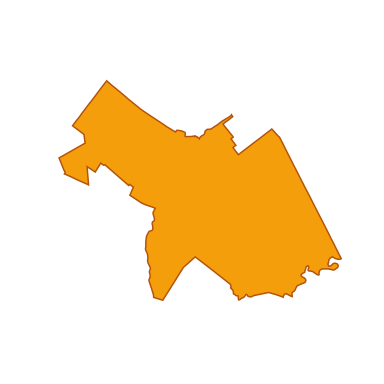 Parta, Timis, Romania (orthographic projection), rotated 336°
{"feature_id": "2599482B10795171488461", "entity_name": "Parta", "entity_type": "district", "adm_level": 2, "iso_a3": "ROU", "parent_name": "Romania", "parent_adm1": "Timis", "projection": "orthographic", "projection_center": [21.142, 45.621], "detail": "fine", "context": "isolated", "style": "filled", "palette": "amber", "viewbox_px": 384, "rotation_deg": 336, "n_neighbors": 0, "source": "geoboundaries", "source_scale": "gbopen_adm2", "svg_char_len": 5774}
<svg xmlns="http://www.w3.org/2000/svg" viewBox="0 0 384 384"><g transform="rotate(336 192 192)"><path d="M301.2,313.6L300.8,304.6L300.5,297.9L300.0,289.1L300.0,287.0L299.5,277.0L298.8,264.6L298.1,251.4L297.7,243.1L297.3,237.1L296.9,230.1L296.1,214.7L294.9,191.1L294.6,183.6L294.2,177.3L293.8,176.8L291.2,169.0L290.5,166.9L290.2,167.0L287.9,167.6L284.7,168.3L280.8,169.3L278.7,169.8L275.4,170.6L272.3,171.3L265.5,172.9L262.7,173.6L258.4,174.6L255.2,175.4L254.3,175.6L249.5,176.8L248.0,170.1L247.5,168.1L251.1,167.2L249.9,162.2L249.3,159.3L252.0,158.6L251.7,157.1L250.2,151.5L248.8,146.2L248.1,143.3L248.0,142.5L251.3,141.7L255.2,140.9L256.0,140.7L256.6,140.6L257.2,140.4L257.9,140.2L258.6,140.1L259.8,139.8L259.7,139.5L259.7,139.2L259.7,138.8L259.6,138.3L259.5,137.6L259.4,137.7L258.2,138.1L257.9,138.2L257.6,138.3L257.1,138.3L256.5,138.5L255.6,138.6L254.5,138.8L252.9,138.9L251.6,139.1L251.3,139.1L250.3,139.3L249.4,139.4L248.7,139.5L247.9,139.6L247.2,139.8L246.2,140.0L244.8,140.4L244.0,140.6L243.2,140.8L242.3,141.0L241.4,141.1L240.4,141.3L239.7,141.3L239.1,141.4L238.0,141.6L237.1,141.8L236.1,142.0L235.5,142.1L235.0,142.1L234.7,142.0L233.5,141.8L233.2,141.7L232.8,141.5L232.0,141.2L231.7,141.0L231.3,141.0L231.1,141.0L229.9,141.3L229.5,141.4L229.2,141.5L228.7,141.9L228.5,142.1L228.3,142.3L228.2,142.6L227.8,143.1L227.5,143.4L227.0,143.9L226.8,144.1L226.4,144.3L225.9,144.4L225.3,144.6L224.7,144.6L224.1,144.6L223.4,144.7L223.0,144.9L222.6,144.9L221.9,145.2L221.5,145.5L221.3,145.6L220.9,145.9L220.4,146.4L219.6,144.6L219.4,144.3L219.3,144.2L219.1,143.9L219.1,143.7L218.9,143.4L218.6,143.2L218.4,143.2L218.0,142.4L217.6,141.9L217.1,142.3L217.0,142.1L215.9,141.5L215.6,141.4L215.4,141.4L214.9,141.3L214.4,141.2L214.0,141.0L212.7,140.5L211.1,139.8L210.0,139.4L209.4,139.1L208.4,138.5L208.5,137.9L209.4,136.3L209.8,135.6L209.8,134.6L207.7,132.3L205.7,130.8L203.3,129.5L203.0,129.4L202.1,130.0L201.1,130.7L201.3,130.6L198.4,126.3L196.9,124.1L195.3,121.8L194.9,121.2L194.8,120.9L193.3,118.5L190.8,114.5L186.9,108.5L182.2,101.0L178.8,95.5L178.2,94.3L176.8,91.4L173.1,84.2L171.6,81.3L171.4,80.8L171.1,80.0L169.3,76.3L167.8,73.2L165.1,67.7L162.8,63.2L161.2,59.9L159.3,55.7L159.0,55.9L153.7,58.7L144.4,63.9L135.2,69.0L134.9,69.0L128.8,72.4L126.4,73.7L122.8,75.7L119.3,77.8L115.5,79.7L112.9,81.2L109.8,82.9L115.6,93.4L116.4,94.9L116.6,95.9L114.2,103.9L84.4,106.8L84.0,118.0L83.9,120.4L84.1,121.3L84.3,122.4L82.8,123.6L83.1,123.9L88.0,129.3L92.3,134.4L100.2,143.1L100.4,143.4L104.2,132.6L106.5,126.2L107.0,127.0L109.9,131.4L111.7,134.4L115.4,131.9L120.4,128.5L122.1,131.6L123.5,131.6L132.3,150.6L136.4,159.4L136.8,160.3L138.1,159.6L140.4,163.7L133.9,169.7L136.1,173.1L139.1,177.8L141.4,181.5L142.9,183.1L143.3,183.6L143.4,183.8L147.7,187.9L149.1,189.1L151.8,191.9L149.8,193.5L148.1,194.9L147.7,195.8L147.4,197.1L147.2,199.2L146.9,200.9L146.2,202.5L145.8,202.8L145.2,203.0L144.2,203.2L143.6,203.5L143.0,204.1L142.6,205.2L142.2,207.0L141.6,209.1L141.3,209.6L140.7,210.4L139.9,210.8L139.4,210.8L138.4,210.7L137.3,210.5L136.6,210.7L136.0,211.0L135.3,211.6L134.3,212.4L132.4,214.0L131.5,215.4L130.4,217.3L129.2,219.4L128.3,221.6L127.3,223.6L126.5,224.7L126.2,225.7L126.0,227.0L126.1,228.3L126.2,229.7L126.0,230.9L125.6,232.3L125.1,233.8L124.5,234.9L123.7,236.2L123.2,237.5L123.0,238.9L123.0,240.6L123.1,243.0L123.0,244.8L122.4,245.6L121.6,246.4L120.6,247.5L120.3,248.7L120.1,250.4L119.7,251.5L119.0,252.7L118.3,253.4L117.0,254.7L116.6,255.6L116.4,257.0L116.3,258.9L115.8,263.4L115.3,267.9L115.0,270.0L114.4,272.0L114.1,272.7L116.4,274.7L121.3,279.0L133.1,271.1L138.8,267.3L147.0,261.7L153.5,257.4L162.9,254.4L168.6,252.6L169.4,254.2L175.7,265.8L179.5,272.9L181.8,277.3L185.2,283.7L189.6,292.1L189.5,292.3L189.4,292.7L189.3,293.4L189.1,294.3L188.9,294.7L188.7,294.8L188.4,295.0L188.3,295.6L188.6,296.1L188.6,296.5L188.9,297.1L189.1,297.7L189.3,298.2L189.3,299.0L189.3,299.6L189.0,300.3L188.8,300.9L188.5,301.6L188.5,302.1L189.0,302.5L189.3,302.9L189.6,303.5L189.7,303.9L190.0,304.5L190.6,304.9L191.1,305.1L191.4,305.3L191.7,305.5L191.7,306.1L191.3,307.3L190.7,309.0L190.7,309.5L191.4,309.8L192.3,309.7L192.9,309.6L193.4,309.4L194.5,309.2L195.2,309.3L195.7,309.4L196.3,309.2L197.4,308.9L198.1,308.6L198.6,308.3L199.1,307.9L199.4,307.6L199.6,307.6L200.1,307.8L200.4,308.1L200.5,308.5L200.6,309.1L200.6,309.7L200.9,310.2L201.3,310.5L201.6,310.9L202.1,311.2L202.7,311.5L203.1,311.8L206.4,311.8L207.0,311.9L215.3,313.7L221.2,315.0L227.1,320.0L230.0,322.7L232.5,325.2L233.5,323.9L235.0,323.1L235.9,322.9L237.0,323.6L238.7,325.7L239.7,327.0L240.4,327.8L241.1,328.3L241.7,326.1L242.1,325.3L242.5,324.7L243.2,324.5L245.0,324.1L245.4,324.0L246.0,323.7L246.9,322.8L248.1,321.8L249.7,320.6L250.4,320.5L251.2,320.4L252.7,320.5L255.1,320.5L256.8,320.6L258.0,320.7L259.1,320.2L259.7,319.5L260.2,318.7L260.2,317.8L260.0,317.1L259.6,316.1L258.2,314.4L257.6,313.1L257.9,312.0L258.6,311.7L259.9,311.4L261.3,311.1L262.2,311.3L262.9,310.2L264.1,308.9L265.1,307.7L266.3,306.6L267.2,306.6L268.1,306.8L268.3,307.4L267.9,308.5L266.9,309.7L266.2,310.6L266.3,311.0L266.6,311.5L267.1,312.0L268.3,312.5L269.1,313.1L270.0,314.0L270.6,314.9L271.7,316.9L273.0,318.6L273.6,319.2L274.1,319.4L274.5,319.1L274.8,318.4L275.2,317.5L275.7,316.7L276.3,316.0L277.6,315.3L278.9,315.2L279.9,315.4L281.0,315.9L282.5,316.5L285.1,317.6L286.6,318.7L288.0,319.6L288.8,320.4L289.6,320.9L291.0,320.9L293.2,320.4L294.4,320.2L295.1,319.5L295.6,318.7L295.7,318.0L295.6,317.3L295.4,316.8L294.6,315.9L293.5,315.1L291.9,314.8L290.4,315.4L288.9,315.8L288.1,315.9L286.8,315.3L286.7,314.7L286.8,313.5L286.8,313.1L287.1,312.8L287.9,312.2L288.7,310.8L289.7,309.6L291.2,308.6L293.3,308.4L293.9,308.4L294.7,309.4L295.8,311.0L297.4,312.4L298.8,313.3L299.6,313.5L300.1,313.7L301.2,313.6Z" fill="#f59e0b" stroke="#b45309" stroke-width="1.5"/></g></svg>